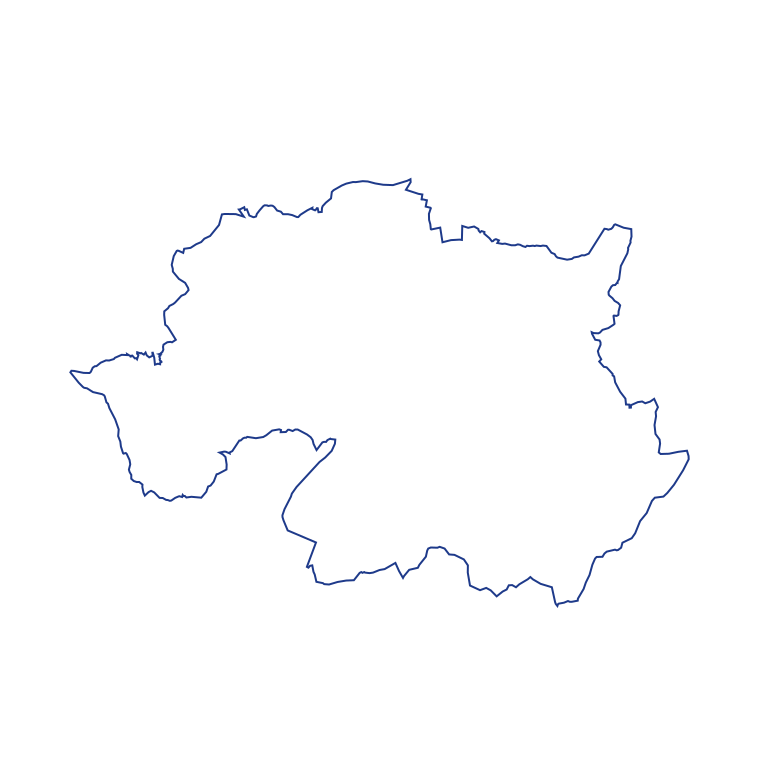 Ilia, Hunedoara, Romania (Equal Earth projection), rotated 98°
{"feature_id": "2599482B21217302662238", "entity_name": "Ilia", "entity_type": "district", "adm_level": 2, "iso_a3": "ROU", "parent_name": "Romania", "parent_adm1": "Hunedoara", "projection": "equal_earth", "projection_center": [22.679, 45.938], "detail": "fine", "context": "isolated", "style": "outline", "palette": "blue", "viewbox_px": 768, "rotation_deg": 98, "n_neighbors": 0, "source": "geoboundaries", "source_scale": "gbopen_adm2", "svg_char_len": 6156}
<svg xmlns="http://www.w3.org/2000/svg" viewBox="0 0 768 768"><g transform="rotate(98 384 384)"><path d="M542.4,459.0L550.4,429.3L575.8,434.9L576.4,433.3L574.3,431.9L573.6,429.8L579.8,427.7L582.3,426.1L589.3,423.4L589.7,416.8L590.5,415.4L590.2,410.5L586.5,402.4L583.9,394.1L582.5,386.5L574.4,381.8L573.4,380.3L574.0,379.1L573.0,377.4L573.4,376.6L573.3,372.0L572.3,368.6L568.8,362.5L567.2,357.6L559.6,347.8L567.1,343.1L573.4,338.2L571.5,337.5L564.5,333.2L561.3,324.9L558.1,323.8L549.2,318.5L542.9,318.0L540.8,317.3L539.4,314.9L538.7,308.4L537.5,306.2L538.5,301.1L543.7,295.8L543.4,290.4L546.6,280.5L551.9,275.7L559.1,274.8L571.6,270.8L574.8,260.2L571.7,254.4L573.5,249.6L578.6,242.9L573.0,237.6L570.4,233.9L566.0,232.4L565.3,229.1L566.9,225.0L563.5,222.1L557.3,214.4L554.8,212.2L556.7,209.4L560.1,201.1L561.9,189.5L576.2,184.2L577.9,183.3L579.7,181.4L577.9,181.1L577.2,180.4L575.5,175.3L573.3,171.6L573.8,169.8L573.5,167.6L571.6,162.0L569.6,162.1L559.2,157.8L552.5,156.5L544.6,153.9L534.0,152.5L527.5,150.7L525.7,149.4L524.7,143.6L521.2,142.1L519.0,140.1L515.9,132.2L516.3,130.4L515.8,129.1L513.1,126.4L508.0,125.8L502.2,117.2L496.9,114.5L484.1,111.3L475.2,105.9L462.5,102.4L458.9,100.0L456.6,91.6L452.5,88.3L443.4,82.8L427.8,75.8L416.1,71.8L412.9,72.4L407.9,74.7L410.2,83.1L413.4,92.1L414.8,100.3L413.5,102.4L404.6,102.3L400.6,103.4L395.7,108.2L387.0,110.4L378.1,110.1L373.9,111.1L368.8,109.5L361.1,114.4L364.4,118.0L366.7,122.6L365.4,125.9L366.6,130.1L370.6,136.5L373.0,136.2L373.3,137.6L370.3,138.2L370.6,141.5L364.9,142.9L358.8,149.1L350.2,155.3L344.4,157.2L343.7,158.8L342.2,159.0L336.5,165.9L336.4,168.7L331.8,174.0L329.3,172.3L325.5,175.2L321.7,176.8L315.0,175.0L312.6,175.4L310.9,176.6L310.8,181.0L305.3,185.0L303.8,185.5L304.4,183.6L304.0,178.8L303.0,177.3L300.0,175.2L297.4,169.6L293.3,164.9L292.3,164.1L284.7,166.2L284.2,165.8L284.2,163.1L283.1,161.6L282.4,161.5L279.4,161.8L273.2,161.1L271.2,163.4L269.6,167.2L267.2,169.7L265.1,173.1L264.3,173.9L261.6,174.5L255.9,172.4L254.3,171.0L253.8,168.8L251.3,167.3L251.4,166.8L249.9,166.9L247.5,165.8L234.2,165.9L220.7,161.2L216.5,160.9L215.3,161.3L209.6,159.5L207.9,159.9L203.6,159.4L196.2,160.7L195.9,168.4L193.7,177.2L194.4,178.2L197.1,179.3L198.7,180.5L200.0,183.4L199.6,184.8L199.6,187.3L226.4,199.4L228.7,203.3L229.0,206.1L230.8,209.0L232.2,213.5L234.0,215.4L235.4,220.0L234.7,229.8L233.6,231.5L231.6,233.1L230.7,236.5L224.7,242.3L224.8,245.9L225.6,248.1L225.7,252.3L226.4,253.9L226.3,255.7L227.2,259.1L227.2,261.6L228.6,263.0L228.2,265.7L227.2,268.6L227.1,270.9L228.4,273.5L228.9,277.1L228.1,283.7L228.8,286.4L228.6,291.4L225.8,290.2L225.0,293.3L225.8,294.8L227.3,295.9L227.7,297.0L225.0,299.8L221.2,305.7L219.5,305.7L219.0,308.7L220.4,309.9L218.9,311.6L217.3,312.2L215.5,316.7L217.6,322.4L216.6,328.5L230.5,326.9L230.5,329.2L232.2,337.7L235.5,345.8L221.3,350.1L224.4,358.7L224.1,359.2L219.3,360.4L215.2,362.2L209.2,363.2L203.4,362.1L203.0,362.5L202.5,367.4L196.1,367.1L195.7,372.1L196.8,372.5L191.0,372.4L190.9,376.3L188.6,389.3L180.4,385.7L177.5,386.3L179.5,389.2L185.8,402.8L186.8,412.5L186.6,420.6L185.7,428.2L186.1,433.3L188.0,440.0L188.3,442.8L190.8,449.2L193.3,453.4L199.1,460.9L201.1,462.4L207.6,462.3L212.5,466.8L216.4,469.5L218.3,469.9L222.3,469.6L223.0,472.8L219.2,474.1L219.2,474.9L221.5,476.1L221.6,476.6L220.8,479.5L219.5,479.5L222.6,484.0L228.0,490.3L230.6,492.1L230.8,493.4L229.5,498.4L229.2,502.7L229.9,507.6L227.7,510.1L227.1,514.0L224.0,517.2L223.0,519.1L223.0,520.8L223.8,523.4L223.4,524.7L223.7,527.2L224.8,528.4L229.4,531.4L233.3,533.6L235.9,534.0L236.8,535.8L237.0,536.6L235.9,540.8L230.1,544.1L231.0,546.0L228.4,547.0L231.1,550.9L231.4,552.0L237.8,546.1L236.4,554.4L237.8,565.4L238.6,568.1L249.5,569.5L261.6,576.8L265.1,582.1L268.9,584.8L271.7,589.4L276.1,594.5L277.9,600.7L282.1,601.1L280.7,605.8L280.6,607.0L281.1,607.8L286.6,610.0L295.6,610.8L299.3,609.2L302.1,608.7L308.5,601.7L311.5,595.0L316.1,591.4L318.2,590.6L322.7,593.4L324.8,596.9L332.4,602.2L334.1,603.8L336.6,607.4L339.0,608.4L342.6,611.7L346.2,611.3L355.8,608.9L357.0,606.7L358.5,605.2L369.2,596.3L372.2,599.7L372.0,601.4L372.8,604.4L375.7,607.8L378.0,608.0L380.7,607.3L383.0,607.9L384.6,609.3L385.0,609.0L385.7,610.8L386.1,609.2L387.0,609.4L387.2,610.3L387.9,610.4L390.2,609.3L390.9,609.6L392.1,609.1L392.5,607.8L393.1,607.4L394.4,608.7L395.6,608.5L395.4,610.7L396.7,613.5L389.9,615.2L385.2,617.3L385.3,617.7L388.2,617.0L390.3,620.2L388.7,622.9L386.0,624.5L388.3,625.9L387.1,628.8L387.5,629.4L386.9,632.8L388.4,632.7L389.6,631.2L393.9,632.0L392.9,633.0L393.3,634.3L390.9,637.2L391.3,638.5L392.8,638.4L391.6,639.1L390.1,642.6L391.1,642.3L391.6,647.8L395.5,654.1L396.9,655.0L399.0,659.5L399.3,662.6L402.3,667.5L406.3,671.2L406.7,672.9L408.4,674.7L412.7,676.0L414.1,677.1L414.8,683.1L414.2,692.7L414.4,695.4L416.1,696.2L425.2,686.5L428.8,681.8L429.5,680.4L429.6,677.5L432.5,671.1L433.3,661.7L434.1,659.7L435.1,658.8L440.8,656.3L441.9,654.6L446.1,652.6L456.4,645.3L465.9,640.4L472.6,640.0L477.7,637.1L482.6,635.8L488.8,632.8L489.2,632.3L488.3,630.1L489.1,629.0L494.7,625.4L498.8,624.1L504.3,624.7L506.5,623.7L509.2,621.6L513.0,621.1L514.9,618.3L515.5,615.2L515.1,612.8L517.2,609.2L519.6,609.0L525.0,607.1L527.8,605.3L523.8,602.1L522.2,599.8L523.3,596.5L528.0,590.4L527.7,587.2L529.1,583.6L529.0,582.0L529.5,579.8L529.0,578.4L525.8,574.9L524.0,571.9L523.6,571.1L524.0,568.2L521.9,567.9L522.9,566.8L522.6,565.7L523.9,563.9L522.5,559.0L522.0,549.1L515.5,545.0L510.0,543.9L508.7,541.6L504.3,539.0L496.7,537.2L496.1,535.7L490.6,528.1L485.7,528.6L478.4,530.8L476.2,533.7L474.8,537.3L473.2,532.9L473.1,531.2L474.2,527.2L473.4,527.5L471.6,524.9L460.1,519.4L459.9,518.1L457.3,515.9L456.5,514.4L456.4,513.0L455.4,512.1L455.5,503.3L453.3,496.2L451.1,493.4L445.7,488.3L443.5,481.5L443.9,479.6L446.1,479.6L445.2,474.5L442.7,472.7L442.5,471.6L443.3,467.9L441.4,465.5L441.1,463.1L444.7,453.2L446.9,449.2L449.4,446.9L453.2,445.4L458.8,441.6L450.4,436.9L449.7,435.5L449.4,433.3L447.4,432.2L445.6,429.6L445.9,429.2L445.8,424.5L450.0,424.3L457.5,426.5L465.0,432.0L470.2,437.0L498.2,456.3L505.4,460.0L508.5,460.5L521.8,465.1L528.1,466.3L529.9,466.0L532.9,464.6L542.4,459.0Z" fill="none" stroke="#1e3a8a" stroke-width="2"/></g></svg>